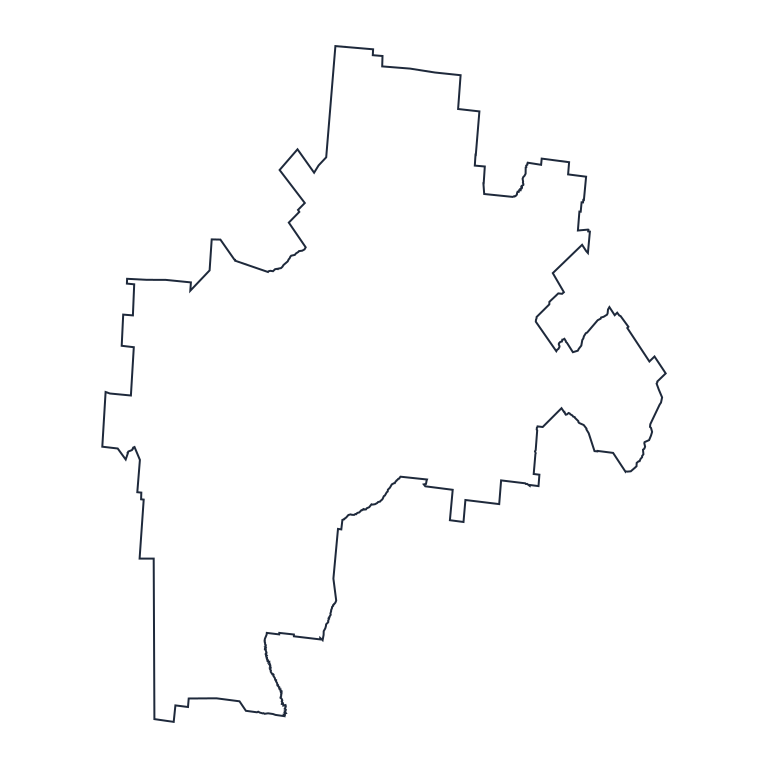 the district of Barcoo, Queensland, Australia
{"feature_id": "25037944B38568063774568", "entity_name": "Barcoo", "entity_type": "district", "adm_level": 2, "iso_a3": "AUS", "parent_name": "Australia", "parent_adm1": "Queensland", "projection": "equal_earth", "projection_center": [142.502, -25.173], "detail": "fine", "context": "isolated", "style": "outline", "palette": "slate", "viewbox_px": 768, "rotation_deg": 0, "n_neighbors": 0, "source": "geoboundaries", "source_scale": "gbopen_adm2", "svg_char_len": 6106}
<svg xmlns="http://www.w3.org/2000/svg" viewBox="0 0 768 768"><path d="M335.4,46.1L326.2,157.3L318.6,165.4L314.1,172.7L297.5,149.3L279.6,170.0L304.8,203.0L298.0,209.9L299.3,211.9L288.8,222.6L305.7,247.3L304.5,249.4L302.2,250.7L299.0,251.1L298.4,251.9L295.9,253.5L294.8,254.9L291.2,255.7L290.4,256.6L289.5,258.5L288.7,259.3L287.7,261.4L283.5,265.0L282.4,266.8L281.0,268.1L278.4,268.6L277.9,269.1L277.3,268.8L275.1,269.2L273.0,271.2L270.3,270.8L268.5,271.3L268.0,272.0L235.1,260.7L235.1,259.8L234.3,259.5L220.4,239.6L211.7,239.4L209.6,270.4L190.3,290.7L190.9,282.4L165.9,279.9L146.5,279.8L127.1,278.8L126.9,283.6L134.2,284.3L132.9,315.4L123.2,314.6L121.7,345.8L133.8,347.2L130.9,395.5L109.9,393.5L105.6,392.0L102.3,446.7L117.7,448.5L125.7,459.5L127.9,453.1L127.6,452.8L128.4,451.5L131.9,450.1L132.9,448.8L132.8,448.5L133.2,448.1L133.2,447.6L134.5,447.0L139.9,459.9L137.3,492.2L141.3,492.6L141.1,499.3L143.7,499.6L139.6,558.6L153.7,558.6L154.4,719.1L173.7,721.9L175.4,705.4L188.0,707.0L188.7,698.5L216.4,698.3L239.5,701.3L245.9,710.8L257.0,712.3L258.2,711.7L259.8,712.6L262.8,713.4L263.6,713.2L264.6,713.8L268.1,713.3L272.9,714.0L275.5,714.9L283.9,716.1L283.5,715.4L283.6,714.7L284.7,715.0L284.6,714.6L285.1,714.0L284.7,713.0L285.8,713.0L284.7,711.2L285.6,710.7L285.8,709.6L284.7,708.8L285.7,706.9L285.8,706.2L285.5,705.1L284.4,705.5L284.0,705.1L283.3,705.5L283.0,703.7L282.3,703.8L282.5,703.3L282.1,703.3L282.4,702.7L281.7,701.5L281.9,700.7L282.2,700.7L282.3,700.3L281.5,698.6L280.5,697.8L280.9,697.0L280.8,696.4L281.2,695.9L281.1,694.4L281.5,693.9L281.6,691.2L280.8,690.9L280.9,690.7L280.7,690.3L280.6,690.5L280.5,689.8L280.3,690.0L279.9,689.4L279.6,689.3L279.1,687.9L279.4,687.3L278.2,686.3L278.1,685.2L277.4,685.2L277.1,683.1L276.1,681.5L276.1,680.4L275.7,680.5L275.2,679.8L274.8,678.0L273.4,675.9L273.6,674.7L273.2,674.2L272.6,674.0L272.3,674.2L270.8,671.9L270.7,671.3L270.9,670.4L270.2,669.6L270.3,669.1L270.0,668.8L270.5,668.4L270.7,667.8L270.0,667.2L270.3,666.9L270.4,666.0L270.0,665.8L269.9,665.1L269.4,664.6L269.8,664.3L269.5,664.0L269.7,663.7L269.3,662.6L268.6,662.6L269.0,661.8L268.5,661.8L268.3,661.2L267.7,662.0L267.9,660.7L267.4,660.7L267.3,659.8L266.9,659.0L266.8,658.6L267.1,658.7L267.0,657.5L266.2,656.5L266.1,655.9L266.6,655.5L266.1,655.2L265.6,654.1L265.8,653.6L266.3,653.7L266.5,652.5L265.8,650.7L265.8,649.8L265.4,649.9L264.9,649.4L265.1,648.7L265.0,648.4L265.8,647.7L265.2,647.0L265.7,646.8L265.5,645.8L265.8,645.2L265.3,644.9L265.1,644.2L265.1,642.9L264.8,642.6L264.9,642.0L264.6,641.2L264.8,640.8L264.6,640.5L264.9,638.8L266.6,634.7L266.8,632.9L279.2,634.4L279.3,632.9L293.9,634.5L293.9,636.3L320.1,639.4L320.2,638.0L322.6,640.2L323.6,634.9L323.7,631.2L325.3,628.3L326.0,625.8L326.0,624.9L326.5,623.8L327.6,622.9L328.3,621.9L328.1,620.9L328.8,619.2L328.5,618.3L328.8,617.9L329.1,618.0L329.1,617.3L329.6,617.0L329.7,616.3L330.7,614.8L330.4,613.6L331.2,610.9L331.1,610.2L332.0,608.1L332.0,607.1L333.1,605.9L333.0,605.5L333.3,604.8L334.0,604.4L334.2,603.8L334.6,603.6L335.4,602.6L336.2,600.5L333.4,578.6L338.0,528.9L341.3,529.4L342.4,519.9L344.2,519.3L344.2,518.9L346.1,517.6L348.4,515.0L350.6,514.4L351.9,514.8L354.1,514.9L355.4,514.0L356.1,514.2L357.4,512.9L359.3,512.4L361.4,510.2L361.9,510.3L363.0,509.4L363.6,509.6L363.8,509.1L365.1,509.5L366.0,509.4L366.7,508.3L369.2,507.2L371.5,504.3L372.5,504.6L375.0,504.2L377.2,503.0L378.0,502.1L380.2,501.5L380.6,500.8L381.9,499.8L382.7,498.8L383.8,496.2L384.9,495.5L386.7,492.3L387.7,491.5L387.9,489.7L389.9,487.7L391.8,484.4L394.2,483.1L394.8,483.1L395.7,481.4L396.5,480.8L396.6,480.4L397.6,479.7L398.2,478.9L399.3,478.5L399.6,477.8L400.5,476.7L427.0,479.5L426.6,480.6L426.0,483.9L423.8,484.4L425.3,486.3L452.7,489.8L449.9,520.2L463.5,522.0L465.4,500.0L499.2,504.1L501.1,480.4L525.2,483.3L525.9,484.0L527.1,483.9L529.8,485.9L530.0,485.0L538.5,486.1L539.4,474.7L533.7,474.0L535.4,454.1L535.7,453.2L535.0,451.3L535.7,450.1L537.2,430.3L536.7,429.6L536.9,427.6L537.5,427.0L537.6,426.4L542.7,427.0L561.5,408.2L563.9,411.8L564.3,411.8L564.3,412.4L564.9,412.9L565.4,414.2L565.8,414.7L566.9,414.4L568.6,413.0L569.6,413.4L570.5,414.4L572.3,415.4L573.2,416.6L574.7,417.1L575.1,418.0L578.3,421.1L578.5,422.3L579.2,423.0L583.7,425.0L586.5,428.6L586.4,429.4L588.7,433.2L594.5,451.1L597.4,451.4L597.5,450.9L613.1,452.9L625.4,471.6L625.5,471.4L627.4,471.6L630.8,471.3L636.5,466.3L636.7,462.9L638.6,461.3L639.6,461.2L640.5,459.0L642.1,457.2L642.1,456.0L643.4,454.3L643.0,449.7L644.3,448.7L645.1,446.7L644.3,443.1L644.6,442.1L649.1,440.1L651.0,435.6L652.1,431.9L651.0,427.9L650.0,426.9L650.3,424.2L659.7,404.5L661.0,402.6L662.1,397.4L658.8,389.6L656.6,383.6L657.3,382.4L657.3,381.5L665.7,373.4L654.5,356.5L649.4,361.5L627.3,328.0L628.4,326.8L620.6,316.1L619.3,315.5L617.2,312.7L614.7,315.2L609.4,307.1L608.0,309.5L607.6,313.4L607.0,314.7L603.6,316.8L601.1,317.5L600.6,318.7L597.7,320.2L587.1,332.6L585.8,333.2L583.9,336.3L583.3,338.5L582.3,340.0L581.3,345.6L578.8,348.8L577.8,350.7L572.9,352.2L567.0,342.9L565.9,341.8L565.8,341.0L564.4,338.8L562.9,339.7L562.3,339.7L561.9,341.5L560.3,341.9L558.9,343.4L558.8,344.6L559.4,345.8L559.5,346.8L558.5,348.8L557.1,349.8L556.3,351.2L535.8,321.7L536.0,319.6L536.5,318.5L536.6,317.0L549.3,304.4L549.4,301.8L558.3,293.4L562.1,293.8L563.9,292.2L552.8,273.1L582.1,244.8L586.2,251.1L587.9,253.0L589.9,231.6L588.2,231.4L588.4,229.7L588.1,229.6L577.9,230.5L579.4,211.6L580.7,211.7L581.6,202.3L583.0,202.4L583.3,199.9L583.9,200.0L586.1,176.7L568.1,174.4L569.1,162.2L541.7,158.6L541.1,164.8L527.7,162.7L527.3,163.9L527.4,164.6L526.2,165.6L526.3,167.2L525.7,167.5L525.6,173.7L524.5,175.8L523.3,177.0L522.6,178.8L523.1,181.6L522.9,182.7L523.4,184.1L523.3,185.0L521.7,185.9L521.3,186.5L521.3,187.3L522.0,187.4L522.0,187.8L521.7,188.4L520.3,189.0L520.7,189.8L520.6,190.3L519.2,190.2L518.7,191.9L517.6,191.7L517.0,193.3L516.9,194.6L515.5,196.1L514.5,196.5L514.2,196.2L512.7,196.9L484.2,194.0L483.4,183.3L483.7,183.3L484.8,166.5L474.8,165.6L475.5,154.8L475.8,154.9L479.4,111.4L458.1,109.0L460.6,75.2L434.9,72.5L410.1,68.6L382.2,66.4L382.5,56.0L372.8,55.2L373.1,49.3L335.4,46.1Z" fill="none" stroke="#1e293b" stroke-width="2"/></svg>